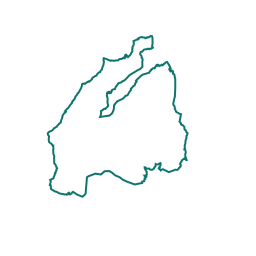 Pietroasa, Bihor, Romania, rotated 120°
{"feature_id": "2599482B17260898829411", "entity_name": "Pietroasa", "entity_type": "district", "adm_level": 2, "iso_a3": "ROU", "parent_name": "Romania", "parent_adm1": "Bihor", "projection": "robinson", "projection_center": [22.598, 46.593], "detail": "fine", "context": "isolated", "style": "outline", "palette": "teal", "viewbox_px": 256, "rotation_deg": 120, "n_neighbors": 0, "source": "geoboundaries", "source_scale": "gbopen_adm2", "svg_char_len": 5819}
<svg xmlns="http://www.w3.org/2000/svg" viewBox="0 0 256 256"><g transform="rotate(120 128 128)"><path d="M162.8,190.5L163.6,191.1L164.4,191.4L165.4,192.0L166.3,192.0L167.5,192.3L168.6,192.8L170.4,194.2L172.0,194.8L172.9,194.7L173.9,193.9L174.7,192.2L177.3,191.1L178.3,190.4L179.7,189.1L180.0,186.4L180.4,185.3L181.1,184.2L180.8,183.9L181.4,183.7L181.9,183.1L183.2,182.2L184.0,182.0L186.4,180.6L187.7,179.7L189.4,177.6L190.9,177.1L192.1,176.2L195.3,174.4L196.0,172.5L197.6,170.5L198.3,169.2L200.0,169.3L200.6,168.8L201.1,168.6L202.6,168.8L203.4,168.2L203.9,168.6L204.9,168.1L207.7,167.8L208.7,167.4L209.4,167.7L210.1,168.3L211.9,169.4L212.3,168.5L214.3,167.7L216.5,167.2L216.3,166.3L218.6,164.7L219.4,163.8L219.5,159.9L218.9,157.2L219.0,154.9L217.1,149.3L216.2,148.4L216.2,148.1L216.4,147.8L216.3,147.5L215.1,146.6L214.4,146.6L214.1,147.1L213.5,146.8L213.6,146.4L214.5,145.8L214.6,145.0L212.9,144.1L211.7,144.1L210.8,143.7L211.1,138.7L210.3,133.1L207.8,132.2L206.0,131.9L191.2,138.9L189.5,138.1L183.8,133.4L181.8,128.2L177.1,126.6L174.7,122.7L174.6,119.9L175.4,115.4L174.8,109.9L175.4,106.9L175.0,102.2L173.5,93.9L168.5,88.2L167.3,88.9L166.0,87.4L165.7,87.7L165.1,87.9L164.2,87.9L163.8,87.7L163.5,88.1L163.3,87.7L162.7,88.2L161.9,88.4L161.6,88.9L161.6,87.9L161.4,87.7L161.0,87.7L160.8,88.1L161.1,89.4L161.0,89.6L160.6,89.5L159.7,88.5L159.1,88.4L156.7,89.8L154.6,93.3L153.7,93.9L153.5,93.0L153.7,92.0L153.6,91.0L152.5,89.3L152.9,88.2L152.7,87.3L152.2,86.3L150.5,85.3L149.2,85.5L147.6,85.0L145.4,86.0L145.4,85.2L144.1,83.4L142.9,83.0L142.2,82.4L143.3,81.4L144.7,81.2L146.0,81.3L146.2,80.9L147.5,81.3L148.0,80.2L147.7,79.8L148.4,78.4L146.5,77.6L146.2,76.7L145.8,70.6L141.6,67.0L140.5,66.3L139.7,64.5L138.9,64.0L137.9,63.8L137.3,63.9L136.7,63.6L135.5,63.5L135.2,63.2L133.6,63.7L133.3,64.7L132.9,65.0L131.2,65.1L130.5,64.8L129.9,65.1L128.0,64.9L127.0,64.2L126.2,63.9L126.6,61.9L126.6,61.4L126.4,61.2L125.6,62.5L125.0,62.8L124.5,63.7L123.0,64.8L121.5,65.5L120.4,65.7L119.8,66.1L117.6,68.2L118.0,68.6L116.8,68.9L114.7,70.2L113.0,70.5L111.8,71.0L111.3,71.4L108.8,72.2L107.8,72.2L105.7,73.4L104.5,73.4L102.7,73.8L102.2,75.8L101.6,76.2L101.2,76.8L101.0,78.2L100.4,78.8L99.1,79.6L98.8,79.9L98.7,80.4L98.3,81.3L98.2,82.1L98.5,83.1L98.4,83.8L98.2,84.2L97.5,84.4L96.8,86.5L89.6,89.0L89.9,90.7L89.9,94.5L88.2,96.5L88.1,96.9L86.2,98.3L85.6,99.2L85.4,100.1L84.3,101.0L79.8,102.5L77.6,103.0L70.0,106.9L61.6,111.8L61.2,112.4L59.2,113.9L58.2,115.4L58.5,116.2L58.0,116.5L57.8,116.7L56.8,117.1L56.4,117.7L56.9,118.1L56.4,118.9L57.7,119.6L56.9,121.0L56.5,121.6L55.6,121.0L55.4,121.4L54.9,121.1L53.7,122.8L53.6,123.2L52.8,123.8L52.8,124.3L52.2,125.3L51.3,127.2L51.7,127.7L52.9,128.3L53.8,128.4L54.0,128.5L54.1,128.8L56.0,129.3L56.0,129.5L56.5,129.7L56.3,130.3L56.4,130.6L57.0,130.7L58.6,131.7L58.2,132.3L58.5,132.8L58.4,133.0L58.6,133.1L58.4,134.1L59.1,134.6L59.4,134.1L60.0,133.9L60.7,134.8L61.4,134.8L61.9,135.0L62.6,134.7L62.8,134.8L63.3,135.2L63.4,135.8L63.9,136.3L65.1,136.6L65.4,137.0L65.9,137.2L66.2,137.2L66.5,136.9L67.8,137.3L69.1,137.5L69.5,137.3L74.4,141.9L76.5,142.9L82.7,144.7L83.1,144.7L83.2,144.0L83.5,143.7L85.8,144.1L87.1,143.6L88.1,143.7L88.9,144.3L92.0,144.9L92.5,145.2L93.7,144.4L95.4,144.8L99.9,144.8L100.1,144.9L101.5,146.3L103.2,146.5L106.2,147.6L107.1,148.5L109.3,149.9L109.9,150.5L113.5,151.3L114.3,151.2L114.7,151.4L115.7,151.3L117.2,150.4L119.7,149.5L121.8,149.2L123.9,149.2L127.0,150.6L127.3,151.3L132.4,157.7L129.6,158.2L126.6,159.9L125.6,159.1L123.8,158.5L123.1,158.0L123.0,157.4L122.7,157.1L121.5,156.8L121.0,156.8L120.1,156.4L118.8,156.2L116.3,158.4L112.2,160.7L110.7,162.4L108.5,163.5L107.7,163.7L107.0,163.3L107.6,162.6L107.5,162.1L106.6,162.3L106.2,162.1L107.1,161.6L106.3,160.4L105.2,160.4L102.9,160.8L101.5,159.6L100.9,158.8L98.1,159.2L96.4,158.8L94.8,158.8L93.8,158.6L92.5,157.2L91.3,156.4L90.5,156.3L88.6,154.9L86.3,154.2L81.5,153.1L72.9,148.4L71.0,147.0L67.8,146.1L63.9,148.5L61.3,149.6L60.3,150.8L60.4,151.3L59.3,152.0L58.9,152.4L58.2,154.0L57.6,154.7L55.9,155.0L54.7,153.9L52.3,153.4L50.8,151.9L50.6,151.3L49.4,150.5L49.5,150.1L48.9,149.4L48.7,148.9L48.3,148.5L48.5,148.4L47.6,147.7L47.5,147.4L47.1,147.3L46.7,146.9L46.5,147.0L46.4,146.8L45.9,146.7L45.0,148.2L43.5,148.5L40.8,150.0L37.8,151.8L36.5,153.1L37.1,154.5L38.9,155.2L39.2,155.9L39.7,156.1L39.8,156.8L40.8,157.1L41.6,157.9L41.4,158.2L41.4,158.9L42.2,160.6L42.2,161.4L43.1,162.2L43.4,162.7L44.2,163.4L45.0,163.8L45.6,163.9L45.9,163.4L46.5,163.7L46.9,164.6L48.3,165.4L50.0,166.7L51.5,165.5L52.8,164.8L53.5,164.6L55.0,164.6L56.0,164.5L56.8,163.8L57.8,163.8L58.5,163.1L59.6,162.5L61.2,162.7L63.4,162.5L66.5,163.4L66.2,163.8L65.5,166.4L65.7,166.6L66.4,166.5L66.6,166.1L66.5,165.8L67.4,165.3L67.6,165.4L67.1,165.9L67.4,166.2L67.3,166.5L68.2,166.2L68.4,165.8L69.2,165.8L69.1,166.5L69.3,167.0L69.8,167.0L69.9,167.4L70.8,167.6L71.7,168.5L71.8,169.0L72.6,169.7L72.8,170.0L74.3,170.3L75.9,172.8L76.8,173.6L77.8,176.3L78.2,176.7L78.5,176.7L79.3,182.5L79.7,183.9L81.2,183.3L81.5,182.9L82.0,182.7L82.6,182.0L85.7,180.8L88.4,180.5L88.9,180.2L89.5,180.2L90.8,179.9L91.4,180.2L93.0,180.3L93.5,180.1L94.2,180.8L95.1,181.2L97.0,181.6L98.2,181.5L99.1,182.0L99.3,182.3L102.2,183.8L102.9,183.7L103.6,183.8L103.8,183.6L105.9,184.2L106.8,184.8L107.3,184.8L107.3,185.4L108.1,185.7L108.3,186.1L111.1,187.3L111.4,187.5L111.3,188.2L112.0,188.7L112.5,189.6L112.9,189.7L114.1,189.3L114.7,188.9L115.4,188.9L117.2,188.5L119.5,188.6L120.5,188.4L121.2,188.4L122.0,188.7L122.7,188.6L123.4,189.0L123.9,188.8L125.5,188.9L126.8,189.2L128.4,188.9L129.3,189.0L130.1,188.8L132.1,189.4L132.6,189.2L132.9,189.4L134.1,189.3L134.7,189.0L136.4,189.5L141.0,189.9L141.6,190.3L144.7,190.9L144.6,190.3L144.8,189.9L145.5,189.9L147.3,190.7L149.8,190.8L151.0,190.6L151.7,190.1L155.1,189.6L156.9,189.0L157.7,189.5L161.2,190.3L162.8,190.5Z" fill="none" stroke="#0f766e" stroke-width="2"/></g></svg>